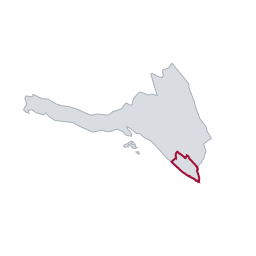 Karura, Semenawi Keyih Bahri, Eritrea shown in context, rotated 145°
{"feature_id": "51966322B45199582240714", "entity_name": "Karura", "entity_type": "district", "adm_level": 2, "iso_a3": "ERI", "parent_name": "Eritrea", "parent_adm1": "Semenawi Keyih Bahri", "projection": "equal_earth", "projection_center": [38.724, 17.385], "detail": "fine", "context": "in_parent", "style": "outline", "palette": "rose", "viewbox_px": 256, "rotation_deg": 145, "n_neighbors": 0, "source": "geoboundaries", "source_scale": "gbopen_adm2", "svg_char_len": 5560}
<svg xmlns="http://www.w3.org/2000/svg" viewBox="0 0 256 256"><g transform="rotate(145 128 128)"><path d="M54.9,155.9L54.2,147.2L53.7,141.4L53.2,135.3L52.8,129.5L54.9,125.9L55.9,122.5L58.5,111.6L59.5,109.4L61.5,103.5L61.8,101.8L63.8,94.4L63.6,89.5L63.2,84.6L64.3,81.6L65.3,79.3L65.2,77.3L65.7,72.7L66.0,71.5L67.2,71.4L69.6,72.0L71.3,71.6L73.4,71.6L75.0,71.4L75.9,70.0L77.2,64.6L78.0,63.6L78.7,63.2L80.5,62.2L82.0,60.7L83.3,59.6L83.7,59.3L85.1,59.2L86.4,58.5L87.0,57.8L88.7,57.2L90.3,57.5L91.4,56.8L92.2,56.4L93.0,56.4L93.8,55.8L94.1,54.8L94.6,54.2L95.9,52.8L96.5,51.8L96.7,50.8L97.0,50.0L97.5,48.6L99.8,45.2L101.7,43.2L108.5,60.5L111.2,70.7L113.6,81.4L115.4,97.5L117.1,105.7L119.9,109.8L121.8,117.4L123.4,117.7L124.6,119.8L126.6,127.0L128.1,129.7L128.8,127.4L128.7,126.1L128.2,123.8L128.7,121.0L129.8,119.3L132.4,121.6L133.8,123.4L134.2,126.9L134.8,128.9L137.5,133.0L139.7,134.2L142.7,134.5L145.1,135.5L147.1,137.0L150.8,141.2L159.3,144.9L166.2,156.3L170.2,164.2L183.5,176.1L185.8,181.9L187.0,187.5L189.8,187.2L194.6,193.4L196.0,198.0L199.9,199.7L200.6,197.0L202.5,199.2L203.2,202.8L200.7,204.2L198.0,205.4L197.6,205.4L196.7,207.0L195.4,211.4L194.0,212.7L193.2,212.8L188.9,208.7L188.2,208.4L187.3,209.2L186.6,210.1L184.6,206.9L183.2,204.2L181.1,200.8L179.1,199.4L177.0,197.5L174.9,193.1L172.7,188.3L169.6,184.4L163.6,178.8L158.2,171.6L154.0,164.2L151.4,160.3L150.2,159.3L144.7,156.8L140.9,153.4L137.9,150.6L136.1,149.9L134.3,149.8L130.6,150.3L127.4,148.6L126.1,148.6L124.0,148.1L122.4,147.4L120.5,148.2L116.5,149.4L114.9,149.2L114.0,147.4L113.5,146.1L112.1,144.7L111.0,144.7L110.4,145.9L106.2,149.1L99.3,150.8L97.7,150.7L96.5,149.4L93.0,144.0L92.0,143.1L91.2,143.1L89.6,142.4L88.1,141.4L86.8,139.2L85.4,137.9L84.0,142.3L81.5,149.8L80.1,153.9L78.4,159.1L77.8,159.3L76.9,158.9L73.5,152.4L71.3,149.9L69.7,150.2L68.5,151.4L67.8,153.6L67.0,154.9L66.1,155.4L64.2,155.2L61.3,154.1L58.3,154.4L55.3,155.8L54.9,155.9ZM136.0,112.5L136.9,114.1L137.6,113.9L138.1,113.4L138.4,112.3L142.0,114.5L141.8,116.0L139.7,116.1L137.2,115.4L135.0,115.6L132.3,115.0L131.7,112.5L133.4,113.7L134.3,113.4L134.4,113.1L133.2,111.4L131.5,111.0L131.6,109.7L132.4,109.2L132.8,108.5L131.9,106.7L133.8,107.1L135.0,108.2L135.8,109.5L136.0,112.5ZM134.5,100.9L135.3,103.8L133.1,102.6L132.7,102.0L133.7,100.9L133.9,100.2L134.5,100.9Z" fill="#d9dde1" stroke="#a8b0b8" stroke-width="1"/><path d="M95.5,71.9L95.9,71.5L96.4,71.2L96.6,71.1L96.8,71.1L97.0,71.1L97.3,71.2L97.5,71.1L97.6,70.8L97.7,70.7L97.8,70.6L98.2,70.3L98.3,70.4L98.4,70.5L98.5,70.7L98.6,71.0L98.7,71.9L98.8,72.3L98.8,72.5L99.0,73.2L99.1,73.7L99.2,74.1L99.3,74.3L99.4,74.6L99.5,75.1L99.7,75.7L99.8,76.1L100.0,76.4L100.0,76.7L100.0,76.8L100.2,77.0L100.3,77.2L100.4,77.3L100.6,77.5L100.7,77.8L100.7,78.1L100.8,78.3L100.8,79.2L100.9,79.5L101.0,80.0L101.2,80.3L101.3,80.4L101.7,80.3L101.8,80.1L102.0,80.1L102.5,79.9L102.8,79.8L103.0,79.8L103.3,79.6L103.6,79.4L103.8,79.2L104.0,79.1L104.2,78.5L104.3,78.4L104.5,78.3L104.8,78.0L105.0,77.7L105.2,77.2L105.3,76.8L105.4,76.7L105.5,76.3L105.6,76.1L105.8,75.9L105.8,76.0L106.0,75.9L106.3,75.9L106.4,76.0L106.5,76.0L106.6,75.9L106.8,75.9L107.0,75.9L107.3,75.9L107.5,75.9L107.8,75.8L108.0,75.8L108.3,75.8L108.6,75.7L108.9,75.6L109.3,75.6L109.6,75.7L109.9,75.6L110.1,75.6L110.4,75.5L110.6,75.4L110.9,75.4L111.1,75.4L111.4,75.5L111.5,75.5L111.5,75.4L111.7,75.1L111.7,74.8L111.6,74.7L111.5,74.3L111.4,74.0L111.4,73.4L111.4,73.2L111.2,72.6L111.1,72.4L111.1,72.1L111.0,71.8L110.9,71.4L110.9,71.2L110.8,70.8L110.8,70.7L110.8,70.4L110.6,69.9L110.6,69.4L110.4,69.1L110.4,68.8L110.4,68.4L110.4,67.9L110.4,67.7L110.3,67.4L110.1,67.1L109.9,66.9L109.8,66.7L109.7,66.5L109.7,66.4L109.7,66.2L109.7,65.9L109.7,65.6L109.7,65.0L109.6,64.7L109.6,64.4L109.5,64.1L109.3,63.9L109.2,63.7L109.1,63.3L109.1,62.8L109.1,62.2L109.0,61.9L108.9,61.6L108.8,61.4L108.8,61.2L108.7,61.1L108.7,60.9L108.5,60.3L108.4,60.1L108.3,59.7L108.2,59.4L108.1,59.2L108.0,58.9L107.8,58.5L107.7,58.3L107.5,58.2L107.4,57.8L107.4,57.7L107.2,57.3L107.2,57.0L107.2,56.9L107.1,56.5L107.0,56.3L107.0,56.2L106.9,56.0L106.9,55.9L106.7,55.5L106.6,55.4L106.5,55.2L106.5,54.9L106.4,54.8L106.4,54.7L106.2,54.4L106.1,54.5L106.0,54.4L106.1,54.2L106.0,54.3L105.9,54.2L106.0,54.2L106.0,53.9L105.9,53.8L105.9,53.7L105.7,53.3L105.5,53.1L105.4,52.9L105.2,52.6L105.1,52.4L105.1,52.2L104.9,51.9L104.6,51.3L104.4,51.1L104.3,50.9L104.3,50.7L104.2,50.6L104.2,50.4L104.0,50.2L103.9,50.1L103.7,49.9L103.5,49.4L103.4,49.2L103.2,48.9L103.1,48.7L103.0,48.3L103.0,48.1L102.8,47.8L102.7,47.5L102.6,47.3L102.5,47.2L102.5,46.7L102.4,46.3L102.4,46.2L102.2,45.8L101.9,45.7L101.9,45.8L101.8,45.7L101.8,45.8L101.8,45.6L101.7,45.6L101.6,45.4L101.5,45.2L101.5,44.8L101.5,44.7L101.4,44.7L101.4,44.4L101.2,44.4L101.1,44.2L100.9,43.9L101.0,43.7L100.9,43.7L100.8,43.4L100.7,43.2L100.6,43.4L100.5,43.5L100.1,44.0L99.8,44.3L99.5,44.7L98.8,45.6L98.4,46.1L98.3,46.3L98.2,46.4L96.9,50.2L96.8,50.4L96.8,50.6L96.8,50.9L96.8,51.0L96.5,51.8L96.3,52.4L96.3,52.5L96.2,52.8L96.0,53.3L96.0,53.6L95.9,53.7L95.7,53.6L95.4,53.7L95.3,53.8L95.2,53.8L94.9,53.9L94.8,54.0L94.6,54.1L94.4,54.1L94.3,54.3L94.3,54.5L94.3,54.9L94.3,55.0L94.2,55.1L94.0,55.3L94.1,55.5L94.1,55.8L94.0,56.0L94.0,56.3L93.9,56.3L93.9,56.5L93.7,56.7L93.9,57.4L94.0,58.2L94.0,59.0L94.1,59.4L94.1,60.3L94.2,61.0L94.5,61.6L94.5,62.8L94.7,63.3L94.7,63.9L94.8,65.3L95.3,66.9L95.4,67.4L95.4,67.7L95.3,67.9L95.2,67.9L95.2,68.2L95.1,68.9L94.9,69.4L94.8,69.9L94.9,70.4L95.0,70.8L95.2,71.2L95.5,71.9ZM101.7,44.9L101.7,45.0L101.7,44.9L101.7,44.9ZM101.9,45.3L101.8,45.2L101.8,45.3L101.9,45.3Z" fill="none" stroke="#9f1239" stroke-width="2"/></g></svg>